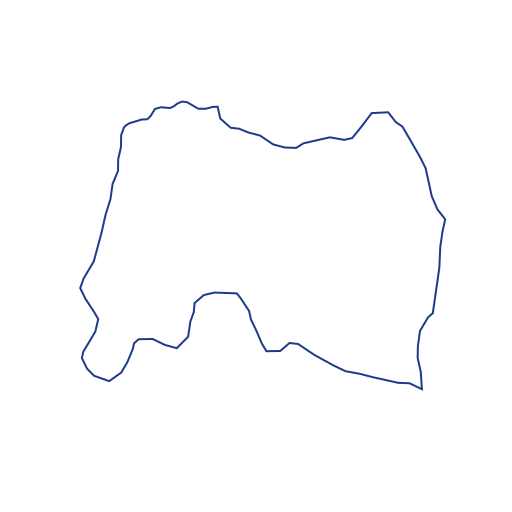 the district of Phyonggang, Kangwŏn-do, North Korea, rotated 167°
{"feature_id": "82179303B58088097152813", "entity_name": "Phyonggang", "entity_type": "district", "adm_level": 2, "iso_a3": "PRK", "parent_name": "North Korea", "parent_adm1": "Kangwŏn-do", "projection": "mercator", "projection_center": [127.257, 38.47], "detail": "fine", "context": "isolated", "style": "outline", "palette": "blue", "viewbox_px": 512, "rotation_deg": 167, "n_neighbors": 0, "source": "geoboundaries", "source_scale": "gbopen_adm2", "svg_char_len": 1540}
<svg xmlns="http://www.w3.org/2000/svg" viewBox="0 0 512 512"><g transform="rotate(167 256 256)"><path d="M259.8,410.1L262.6,410.6L264.4,411.0L272.1,410.8L279.1,412.5L288.4,421.2L291.9,422.6L293.2,423.1L296.1,422.6L298.0,422.3L299.0,421.9L302.5,420.3L304.9,419.8L306.4,419.5L315.0,422.3L319.6,422.1L321.3,422.1L325.8,417.5L327.6,415.8L331.3,413.7L336.6,414.7L343.7,414.2L349.7,413.8L353.4,412.5L355.7,411.0L360.2,404.1L363.0,392.7L368.5,381.3L371.3,369.9L379.5,358.5L385.0,344.2L393.3,330.0L401.6,312.8L415.3,287.2L429.0,272.9L434.5,264.3L431.9,252.9L426.6,238.6L423.9,230.0L429.5,218.6L434.9,212.9L445.9,201.5L448.6,195.7L446.0,184.3L440.7,175.7L427.2,167.1L413.6,172.7L405.4,181.3L397.2,192.7L394.4,198.4L389.0,201.3L375.4,198.4L364.7,189.8L353.9,184.0L340.3,192.6L334.7,206.9L329.2,215.4L326.4,224.0L315.6,229.7L304.7,229.7L293.9,226.8L283.1,223.9L280.4,218.2L275.1,203.9L275.2,195.3L272.6,183.8L270.0,169.5L267.3,160.9L253.8,158.0L242.9,163.7L234.8,160.8L221.4,146.5L205.3,132.1L194.5,123.5L181.0,117.7L170.2,112.0L145.9,100.4L135.1,97.5L124.3,88.9L121.5,106.1L121.4,120.4L118.5,131.9L113.0,146.2L102.1,157.6L96.6,160.5L85.5,189.1L80.0,203.3L74.4,223.4L68.9,237.6L63.4,249.1L65.2,253.1L68.7,260.5L71.3,274.8L71.1,292.0L71.0,303.4L73.7,314.8L78.9,332.0L84.2,349.1L89.6,354.9L94.9,366.3L111.1,369.2L124.8,357.8L135.7,349.3L143.8,349.3L157.3,355.0L170.9,355.1L184.4,355.1L192.6,352.3L203.4,355.2L214.2,360.9L224.9,372.4L235.7,378.1L243.8,383.8L251.9,386.7L259.9,398.1L259.8,410.1Z" fill="none" stroke="#1e3a8a" stroke-width="2"/></g></svg>